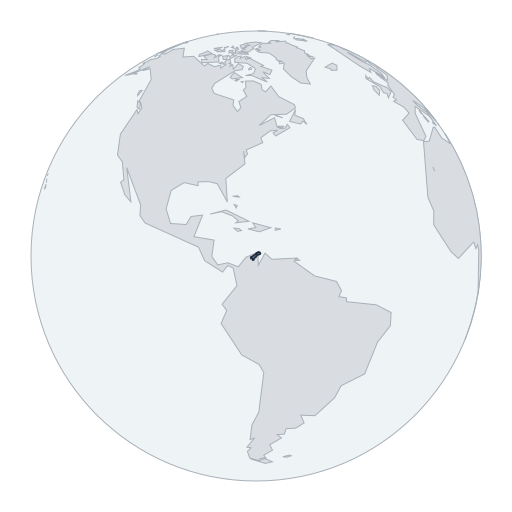 the Earth from above La Guajira
{"feature_id": "COL-1318", "entity_name": "La Guajira", "entity_type": "Department", "adm_level": 1, "iso_a3": "COL", "parent_name": "Colombia", "parent_adm1": "", "projection": "orthographic", "projection_center": [-72.284, 11.434], "detail": "fine", "context": "on_globe", "style": "filled", "palette": "slate", "viewbox_px": 512, "rotation_deg": 0, "n_neighbors": 0, "source": "natural_earth", "source_scale": "10m", "svg_char_len": 9903}
<svg xmlns="http://www.w3.org/2000/svg" viewBox="0 0 512 512"><circle cx="256" cy="256" r="225" fill="#eef3f6" stroke="#a8b0b8"/><path d="M233.1,268.0L227.8,265.5L222.6,272.1L204.7,260.7L198.5,247.2L145.1,223.0L140.0,215.8L140.6,204.8L126.7,167.6L130.9,201.8L124.8,194.7L120.6,182.3L123.9,179.6L122.4,162.1L117.5,155.0L120.4,134.1L137.0,109.6L138.0,113.7L141.9,108.0L140.8,102.8L139.2,100.9L151.2,79.6L150.2,68.8L142.5,70.6L150.0,66.7L130.3,74.6L125.0,75.3L135.6,71.5L140.2,69.0L138.9,67.5L143.3,64.7L145.3,62.6L150.7,59.6L156.5,58.5L160.1,56.7L158.9,55.9L163.7,52.9L164.8,54.3L173.2,49.5L184.3,48.2L183.0,57.0L193.7,56.3L204.3,66.0L207.9,63.5L214.2,66.6L220.7,65.2L220.8,68.1L225.9,64.6L224.6,62.3L226.3,60.1L230.0,59.3L230.8,62.5L229.1,63.5L231.3,64.0L230.1,66.2L232.8,64.6L233.3,69.2L238.3,63.6L243.3,66.4L242.1,69.7L235.1,70.7L215.0,83.2L211.7,88.1L214.1,93.4L233.7,99.9L233.0,105.3L237.3,111.6L240.9,107.7L238.9,101.5L246.8,96.4L243.3,90.1L246.0,87.4L245.4,81.1L253.2,80.9L261.1,84.3L262.1,89.8L265.6,91.8L270.9,86.0L278.7,96.6L294.3,104.6L295.5,107.9L286.6,114.2L270.8,114.7L259.2,125.5L274.5,117.7L277.2,127.1L280.9,128.6L285.3,128.0L287.3,124.3L289.9,127.7L275.7,136.0L273.1,133.0L277.7,130.2L270.3,130.9L260.7,137.8L262.8,142.6L246.2,150.0L247.5,153.8L244.6,157.9L243.6,151.1L245.0,163.9L225.8,178.5L227.3,202.0L217.3,183.7L208.6,181.6L198.0,181.9L198.1,185.7L184.1,182.6L171.2,190.4L166.1,208.9L170.6,223.5L186.2,224.5L191.0,216.5L202.6,215.1L193.9,236.7L214.1,240.1L211.8,256.4L217.7,264.9L227.8,262.8L238.3,266.8L245.9,257.3L258.0,252.1L258.3,265.3L265.0,253.1L271.8,259.3L296.0,258.1L294.1,261.2L314.5,275.9L336.4,281.4L341.5,290.6L338.9,296.7L346.4,297.8L346.5,301.7L376.2,304.8L391.1,312.5L390.4,325.7L377.5,342.1L364.7,373.9L341.2,385.7L334.5,397.9L314.9,415.7L300.8,415.2L304.1,423.0L295.7,428.1L286.3,428.7L284.2,434.2L277.2,434.5L281.5,437.9L269.7,444.8L272.5,450.1L263.8,455.2L265.9,458.0L262.8,458.0L259.4,459.0L259.0,460.6L249.6,457.9L247.4,451.3L251.1,447.8L246.9,447.2L254.7,437.8L250.1,439.7L251.9,425.0L258.8,412.1L263.8,372.6L259.1,364.5L241.8,355.0L221.1,323.5L226.7,310.5L222.1,304.2L237.0,285.6L233.1,268.0ZM44.3,189.3L46.0,184.2L45.5,187.7L44.3,189.3ZM46.7,180.9L46.2,182.7L46.6,181.2L46.7,180.9ZM46.8,179.7L46.7,180.6L46.6,180.1L46.8,179.7ZM46.7,178.8L46.8,179.1L46.7,179.2L46.7,178.8ZM226.0,210.0L249.0,221.3L235.8,222.8L238.3,220.7L232.5,216.0L221.6,211.7L210.1,214.1L226.0,210.0ZM47.2,175.7L47.4,174.8L47.7,174.6L47.2,175.7ZM236.6,197.0L232.6,196.1L236.5,196.0L236.6,197.0ZM137.8,100.7L140.4,103.1L139.6,109.1L137.0,107.3L137.8,100.7ZM139.8,90.5L142.3,90.4L137.7,95.7L137.7,94.1L139.8,90.5ZM135.9,73.0L137.1,73.8L134.4,74.1L135.9,73.0ZM144.6,62.9L142.8,63.7L144.5,62.4L144.6,62.9ZM241.1,81.8L243.2,81.5L242.3,82.7L241.1,81.8ZM238.9,79.5L236.3,81.2L234.9,80.4L236.5,79.4L238.9,79.5ZM154.5,56.7L157.8,54.7L155.4,56.5L154.5,56.7ZM242.4,77.6L232.6,78.9L230.1,77.5L234.2,72.5L242.4,77.6ZM160.4,53.3L168.5,49.0L165.2,50.2L179.0,45.0L167.6,50.0L165.1,51.9L163.8,51.9L160.4,53.3ZM222.5,62.0L224.1,64.3L219.4,63.2L222.5,62.0ZM219.0,61.9L201.9,62.8L201.4,59.4L207.2,59.5L203.8,56.1L212.0,53.9L215.7,55.2L214.4,57.8L218.5,55.1L219.0,61.9ZM185.3,43.2L188.1,42.3L186.2,43.1L185.3,43.2ZM226.7,59.2L223.3,59.5L222.6,56.4L229.3,55.3L227.3,56.6L226.7,59.2ZM198.9,56.6L199.5,54.4L206.4,51.9L207.5,50.8L212.1,53.6L198.9,56.6ZM229.4,56.9L232.7,54.9L236.4,55.7L230.0,58.7L229.4,56.9ZM219.5,56.2L219.5,54.8L221.7,55.2L219.5,56.2ZM251.4,58.2L247.3,58.2L246.6,56.5L251.4,58.2ZM233.7,54.1L232.4,53.9L231.7,53.4L234.6,52.3L233.7,54.1ZM216.6,51.8L219.3,51.4L215.1,50.5L220.0,48.9L222.2,51.2L223.3,49.6L224.8,49.1L224.9,51.6L216.6,51.8ZM235.3,49.7L239.7,52.7L247.5,52.9L248.3,54.3L235.7,53.8L235.3,49.7ZM229.2,50.6L233.1,50.3L232.2,51.9L228.9,53.1L229.2,50.6ZM222.6,47.2L214.4,49.0L214.2,48.4L222.6,47.2ZM237.7,49.4L236.6,48.7L238.4,49.2L237.7,49.4ZM227.4,47.4L224.6,48.0L224.4,47.4L227.4,47.4ZM236.7,47.1L238.1,47.9L235.9,48.7L236.7,47.1ZM232.6,46.9L233.1,46.0L234.3,48.4L231.4,47.3L232.6,46.9ZM227.8,46.7L226.7,46.5L229.0,46.6L227.8,46.7ZM244.2,44.1L246.2,47.0L241.4,48.5L240.1,45.4L244.2,44.1ZM265.2,463.4L250.4,458.9L258.7,461.0L264.7,458.5L272.4,461.8L265.2,463.4ZM282.8,456.7L289.6,455.1L291.2,455.8L286.8,457.2L282.8,456.7ZM430.9,114.0L428.0,110.6L426.2,108.4L430.9,114.0ZM412.7,94.2L419.4,100.9L420.9,102.5L423.5,105.4L427.3,110.4L433.3,117.2L436.7,121.9L427.9,112.3L424.1,108.0L412.7,100.4L417.2,105.2L428.1,113.1L427.4,113.3L433.5,121.1L428.3,115.3L415.1,106.5L415.2,113.4L425.9,136.3L423.8,140.6L417.1,139.5L402.6,120.2L409.1,113.1L404.0,107.2L393.6,101.3L396.5,100.0L393.0,97.1L394.6,94.6L387.8,85.5L388.0,82.9L376.8,74.4L375.3,72.3L382.4,77.6L387.5,80.4L387.0,75.5L384.4,73.1L377.1,68.3L377.8,68.0L370.8,64.1L366.3,60.3L366.0,62.0L357.4,57.6L350.0,53.2L347.1,52.3L359.2,59.7L364.0,62.5L368.3,64.2L381.6,73.5L383.6,76.4L369.5,68.7L370.8,72.4L359.3,65.7L333.7,48.4L327.4,44.4L335.3,45.3L341.7,47.9L342.1,48.6L349.7,51.3L345.3,49.4L345.9,49.5L337.9,46.2L338.0,46.2L330.1,43.4L329.3,43.0L333.0,44.3L347.6,50.2L361.8,57.1L375.5,65.0L388.6,73.9L401.0,83.6L412.7,94.2ZM187.8,41.3L183.8,42.6L184.0,42.6L187.8,41.4L179.0,45.0L165.2,50.2L165.4,49.9L156.7,53.9L157.8,53.3L172.5,46.8L187.8,41.3ZM465.1,339.7L470.6,323.9L475.8,305.2L478.1,292.3L478.5,267.2L478.8,250.3L477.6,244.8L475.9,248.7L473.8,242.2L472.3,243.4L458.4,258.5L450.8,251.4L433.7,224.8L433.8,211.0L427.9,197.3L423.5,141.5L429.2,141.2L433.3,127.1L435.0,127.5L441.7,138.0L450.5,143.8L444.8,133.7L445.5,134.2L453.9,148.4L461.3,163.2L467.5,178.5L472.6,194.1L476.6,210.2L479.3,226.4L480.9,242.8L481.3,259.3L480.4,275.8L478.4,292.1L475.1,308.3L470.7,324.2L465.1,339.7ZM432.8,166.9L434.7,171.0L434.8,171.1L432.8,166.9ZM296.7,257.9L299.6,260.3L295.8,260.6L296.7,257.9ZM233.9,228.2L238.8,228.5L241.4,230.6L237.6,231.3L233.9,228.2ZM275.3,228.0L280.9,229.1L275.1,230.3L275.3,228.0ZM252.7,222.8L270.8,227.7L259.3,231.8L247.9,228.9L255.8,227.6L252.7,222.8ZM234.1,204.5L237.2,205.5L236.2,207.9L234.1,204.5ZM239.4,197.0L238.2,197.2L236.7,195.2L239.4,197.0ZM278.0,126.6L279.2,126.1L283.7,126.3L281.6,127.9L278.0,126.6ZM303.3,118.6L306.9,124.4L302.9,121.1L300.7,124.0L289.6,121.4L295.5,109.5L294.8,115.1L303.3,118.6ZM276.4,115.4L282.8,117.8L275.6,115.7L276.4,115.4ZM372.4,85.7L375.9,86.4L379.7,90.1L379.3,95.3L373.9,89.7L372.4,85.7ZM379.9,86.7L366.0,78.6L365.7,75.7L368.2,78.6L369.4,77.4L373.8,81.9L387.1,87.7L391.2,91.5L388.4,97.9L387.0,93.4L383.7,92.8L379.9,86.7ZM331.1,69.1L325.1,67.2L332.1,63.1L336.9,65.4L336.9,70.2L331.2,70.3L331.1,69.1ZM251.6,69.2L248.8,69.9L248.6,68.8L250.8,67.3L251.6,69.2ZM249.5,58.3L263.4,65.4L261.0,66.4L272.0,70.2L269.9,74.6L262.8,71.8L269.4,78.4L262.1,77.7L267.3,82.1L251.7,75.5L245.4,75.6L253.3,73.7L255.4,69.6L254.5,67.8L247.1,63.3L234.7,62.3L234.8,58.7L238.3,56.4L241.3,56.1L240.2,58.4L245.0,56.3L245.8,59.5L249.5,58.3ZM278.3,40.5L275.8,41.9L285.6,41.1L286.4,43.1L287.5,42.9L290.9,44.7L296.9,46.8L296.3,47.7L298.9,48.2L301.2,49.7L304.6,50.7L304.6,53.0L308.8,54.6L306.4,54.8L313.6,57.0L308.2,56.4L310.8,58.7L314.6,58.1L306.2,70.8L306.9,77.7L310.3,84.1L300.7,83.0L291.3,76.7L283.4,68.9L284.2,62.9L279.7,63.9L278.8,61.4L282.7,61.6L276.1,59.9L276.3,58.1L269.3,53.1L259.6,52.4L256.8,50.9L260.7,50.2L255.2,49.2L260.7,47.1L258.9,46.1L262.5,43.4L271.2,43.3L268.5,42.2L271.1,40.5L278.3,40.5ZM245.5,43.3L255.7,42.0L261.2,42.7L252.6,47.3L253.6,48.5L248.3,52.1L240.4,51.3L242.7,50.2L243.0,49.1L245.3,49.8L243.7,48.4L246.8,47.0L246.4,45.7L249.8,45.5L245.5,43.3ZM432.5,122.8L433.0,122.4L432.8,120.7L436.6,125.9L432.5,122.8ZM423.8,116.9L423.6,115.5L428.9,121.4L428.4,122.1L423.8,116.9ZM419.0,110.1L423.2,115.0L420.6,112.8L419.0,110.1ZM381.8,76.4L381.1,75.0L382.8,76.0L385.2,78.1L381.8,76.4ZM307.4,41.1L305.1,41.2L303.8,40.7L296.1,39.8L294.9,38.6L299.1,38.7L307.4,41.1ZM438.6,124.0L439.0,124.8L437.9,123.4L438.5,123.9L438.6,124.0ZM304.8,39.7L301.8,39.3L303.0,39.0L304.8,39.7ZM293.6,37.8L294.3,37.2L293.9,38.4L293.6,37.8ZM313.5,38.2L313.8,38.3L301.8,35.6L290.1,33.3L302.1,35.5L310.0,37.3L310.8,37.5L313.5,38.2ZM261.7,30.8L260.1,30.8L257.8,30.7L261.7,30.8ZM263.6,30.9L266.8,31.1L263.0,31.1L261.2,30.8L263.6,30.9ZM286.3,34.1L289.9,34.7L288.8,34.8L286.3,34.1ZM187.0,42.4L188.0,42.3L185.5,43.0L187.0,42.4ZM218.7,33.8L216.4,34.2L218.7,33.8Z" fill="#d9dde1" stroke="#a8b0b8" stroke-width="1"/><path d="M259.7,254.4L259.4,254.5L259.2,254.6L258.9,254.7L258.7,254.7L258.4,254.8L258.2,254.8L257.8,255.0L257.5,255.0L257.3,255.1L257.2,255.1L257.1,255.3L256.9,255.5L256.8,255.8L256.7,256.0L256.5,256.4L256.3,256.6L256.2,256.8L256.1,257.0L255.9,257.1L255.7,257.1L255.3,257.2L255.2,257.2L255.2,257.3L255.0,257.5L254.9,257.9L254.8,258.0L254.7,258.0L254.5,258.3L254.4,258.4L254.2,259.0L253.8,259.4L253.8,259.6L253.7,259.7L253.6,259.8L253.6,260.0L253.3,260.0L253.2,260.1L252.9,260.0L252.7,260.1L252.6,259.9L252.6,259.7L252.8,259.4L252.9,259.2L252.6,258.9L252.4,258.8L252.3,258.7L252.2,258.7L252.3,258.6L252.3,258.4L252.2,258.4L251.9,258.3L251.7,258.2L250.9,258.3L250.8,258.0L250.8,257.8L250.7,257.7L250.8,257.6L250.8,257.3L250.8,257.2L251.0,257.0L251.0,256.9L251.1,256.7L251.7,256.6L252.1,256.5L252.3,256.4L252.5,256.2L252.8,256.0L253.0,255.8L253.5,255.5L254.2,255.0L254.2,254.9L254.4,254.9L254.6,254.8L254.8,254.7L255.0,254.7L255.4,254.6L255.5,254.5L255.7,254.4L255.9,254.3L256.1,254.2L256.3,253.9L256.4,253.7L256.5,253.4L256.5,253.1L256.5,252.9L256.4,252.9L256.5,252.8L257.1,252.7L257.2,252.8L257.0,253.0L257.3,253.1L257.5,253.0L257.6,252.9L257.5,252.7L257.4,252.7L257.2,252.7L257.4,252.5L257.6,252.4L257.8,252.3L257.7,252.4L257.7,252.5L257.8,252.5L257.9,252.4L258.0,252.4L258.1,252.2L258.2,252.3L258.3,252.3L258.3,252.2L258.5,252.1L258.4,252.1L258.2,252.0L258.3,251.9L258.5,252.0L258.9,252.0L259.0,252.0L259.3,252.2L259.5,252.2L259.5,252.3L259.8,252.4L260.0,252.5L260.3,253.1L260.5,253.4L260.5,253.5L260.4,253.7L260.3,253.8L260.0,253.9L260.0,254.0L259.9,254.0L259.7,254.3L259.7,254.4Z" fill="#64748b" stroke="#1e293b" stroke-width="1.5"/></svg>